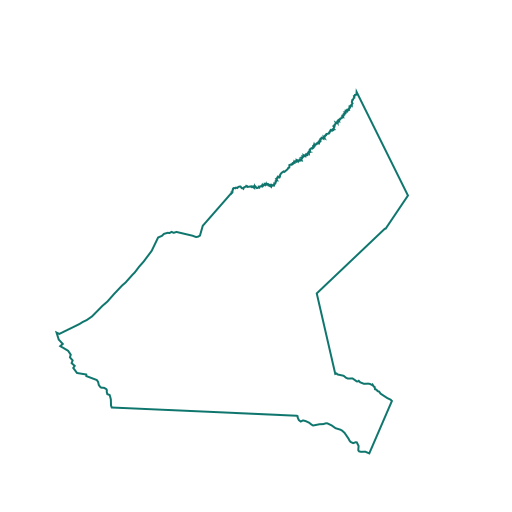 Sesheke, Western, Zambia, rotated 16°
{"feature_id": "96606910B16407097160512", "entity_name": "Sesheke", "entity_type": "district", "adm_level": 2, "iso_a3": "ZMB", "parent_name": "Zambia", "parent_adm1": "Western", "projection": "natural_earth1", "projection_center": [23.989, -16.932], "detail": "fine", "context": "isolated", "style": "outline", "palette": "teal", "viewbox_px": 512, "rotation_deg": 16, "n_neighbors": 0, "source": "geoboundaries", "source_scale": "gbopen_adm2", "svg_char_len": 6063}
<svg xmlns="http://www.w3.org/2000/svg" viewBox="0 0 512 512"><g transform="rotate(16 256 256)"><path d="M307.5,70.6L308.1,73.2L306.7,73.9L306.7,74.9L306.1,75.3L306.9,76.7L306.4,77.2L306.1,79.1L305.6,79.4L305.7,81.6L306.7,82.7L306.3,83.8L306.5,84.6L306.2,84.4L305.6,85.1L305.8,85.6L305.2,86.0L305.3,86.3L305.6,86.1L305.6,87.4L305.1,87.9L305.2,88.2L304.9,87.9L305.0,88.7L304.4,89.3L304.7,89.6L304.4,89.7L303.8,90.5L304.3,90.6L303.9,90.9L303.9,91.4L303.3,91.0L303.2,91.4L303.0,91.2L302.9,91.6L302.1,91.6L302.4,93.0L302.0,93.2L302.5,93.4L302.2,94.0L302.6,93.6L302.7,94.1L301.8,94.5L301.9,95.0L301.5,94.9L301.0,95.6L301.0,95.9L301.6,95.8L301.4,96.3L301.6,96.7L301.4,97.4L300.8,97.5L301.1,97.8L301.0,98.0L300.7,97.7L300.9,98.1L300.7,98.7L300.9,98.8L300.2,99.0L300.3,99.9L299.3,100.5L299.3,101.3L298.8,101.3L298.2,102.1L298.5,102.8L298.0,102.9L298.3,103.4L298.0,103.5L298.5,103.9L298.1,104.0L297.8,104.3L298.0,104.5L297.4,105.1L297.7,105.0L297.8,105.4L297.6,105.2L297.0,105.7L296.8,105.2L296.4,106.2L296.1,106.1L296.4,106.5L295.5,107.8L295.7,108.3L295.3,108.7L295.5,109.2L295.2,109.2L294.6,109.9L294.8,110.1L294.5,110.4L295.1,110.2L295.7,110.8L295.5,111.5L295.7,112.6L296.1,112.8L295.5,113.1L295.5,113.5L295.1,113.5L294.9,114.4L293.9,114.5L293.9,114.1L293.4,114.7L293.0,114.5L292.8,115.4L293.1,115.7L292.5,116.6L292.7,117.2L292.5,117.7L292.2,117.6L292.1,118.3L290.1,119.3L289.9,119.7L290.1,120.1L289.5,120.7L289.3,121.1L289.5,121.2L288.7,122.0L289.2,122.5L288.8,123.4L289.1,123.7L288.7,123.6L288.5,124.2L288.3,124.0L288.4,124.4L287.9,124.2L287.9,124.5L287.2,124.7L286.4,124.4L286.3,125.0L286.2,124.8L286.2,125.1L285.7,125.6L286.0,126.2L285.6,126.7L285.9,127.2L285.3,127.5L285.4,128.3L285.9,128.3L285.5,128.9L285.7,129.0L285.4,129.5L285.5,130.0L285.2,129.9L285.4,130.4L284.9,130.6L284.6,130.2L284.7,130.8L284.4,130.3L284.3,130.7L283.9,130.5L283.3,131.0L283.2,131.8L282.6,132.2L282.8,132.4L282.1,133.3L281.8,133.2L281.8,133.5L281.6,133.2L281.4,133.5L281.2,133.2L281.2,133.8L281.0,133.7L280.9,134.2L281.1,134.3L280.6,134.5L281.0,136.7L280.8,136.9L280.6,136.5L280.2,137.1L279.9,137.1L280.2,136.8L279.6,137.0L278.3,139.1L278.6,140.0L278.8,139.7L278.9,140.5L278.3,140.2L278.6,140.5L278.4,141.4L278.7,141.4L278.2,141.7L278.5,142.6L278.2,142.4L278.0,143.0L277.7,142.6L277.6,143.3L277.3,143.1L277.1,143.5L277.4,144.2L277.1,144.5L276.8,144.1L276.6,144.5L276.2,144.2L276.6,144.7L276.5,145.0L276.0,144.7L275.9,145.1L276.2,145.2L275.4,145.5L275.2,145.8L275.4,146.2L275.1,146.1L275.0,146.4L275.3,146.4L274.7,146.8L274.8,146.3L274.1,146.1L274.4,146.6L274.0,146.9L274.1,147.2L273.5,147.3L273.7,147.5L273.6,148.1L273.2,147.8L273.5,148.2L273.2,148.4L273.4,148.4L273.4,149.0L272.9,149.1L273.2,149.6L272.9,150.7L273.3,151.2L272.5,151.2L272.8,151.5L272.5,151.5L272.3,152.1L271.7,152.3L271.5,151.8L271.2,152.3L271.1,151.9L270.6,152.7L269.9,152.6L269.9,153.0L269.6,152.9L269.8,153.4L269.3,153.2L268.9,153.9L268.6,153.6L268.7,154.3L268.2,154.4L268.5,154.8L267.8,154.4L267.5,155.0L267.1,154.8L267.3,155.5L266.7,155.4L266.8,156.1L266.0,156.4L266.3,156.8L265.4,157.5L265.7,157.9L265.0,158.5L264.4,158.3L263.0,159.5L263.3,160.0L263.6,161.8L262.7,162.5L262.4,163.9L260.2,167.2L260.0,167.4L259.2,167.1L257.7,169.0L256.8,171.1L257.0,172.1L256.8,172.9L257.1,173.2L256.9,174.1L256.4,174.2L256.5,174.0L256.1,174.0L256.0,173.5L255.3,173.6L255.4,174.0L255.0,174.2L254.9,175.1L254.2,176.2L254.9,176.4L254.9,177.3L255.2,177.5L254.8,177.6L254.9,177.9L254.5,178.5L254.8,178.8L254.6,179.5L254.4,179.4L254.6,181.0L253.9,181.8L253.9,182.3L253.6,182.0L253.6,182.9L253.1,182.9L252.9,183.7L251.9,183.5L251.9,183.9L251.5,184.0L251.5,184.4L251.2,184.1L251.2,184.6L250.7,184.1L250.3,185.0L249.6,184.7L249.7,184.2L249.1,184.5L249.1,184.0L248.3,184.1L248.3,183.7L247.7,183.5L247.4,183.7L247.4,184.1L247.1,184.2L247.3,183.8L247.0,183.7L246.8,184.5L245.9,184.4L245.8,184.6L245.6,184.1L245.5,184.4L244.6,184.3L244.8,184.9L243.9,186.1L243.7,185.9L243.5,186.3L243.4,185.9L242.8,186.6L242.5,186.2L242.4,186.9L242.0,187.4L241.8,187.1L241.1,188.0L239.9,188.4L240.1,189.2L239.7,189.1L239.8,189.4L238.2,190.5L237.2,190.3L236.6,189.4L236.0,189.1L235.7,189.2L235.6,189.7L235.3,189.3L235.3,189.6L235.0,189.4L234.5,189.7L234.7,190.5L234.4,190.1L234.2,190.3L234.5,190.7L233.4,190.3L233.1,190.8L232.5,190.4L232.2,190.8L231.7,190.6L228.9,191.9L228.4,191.5L228.2,191.8L227.3,191.4L227.2,191.9L225.5,193.4L225.3,194.8L224.5,194.4L223.5,194.7L222.0,193.5L221.2,193.7L219.9,194.5L219.3,195.8L217.9,195.8L217.5,196.6L216.0,196.7L215.4,197.4L215.3,198.1L215.6,198.6L215.3,199.6L215.7,200.8L215.1,201.3L215.6,201.8L215.3,202.4L215.1,202.1L196.5,241.6L196.5,251.8L195.1,253.3L193.2,254.3L189.3,254.0L172.9,254.8L170.5,256.4L168.2,256.1L166.5,257.8L164.8,258.0L161.4,260.1L160.0,262.6L156.8,265.2L154.3,279.8L149.5,292.4L146.6,298.5L144.0,305.2L142.3,308.3L137.9,317.5L135.4,321.3L130.1,331.5L125.7,340.8L122.2,346.1L115.0,359.3L110.9,364.3L107.6,367.2L105.2,369.9L88.4,385.1L85.4,384.6L89.4,390.7L94.5,393.8L92.7,396.6L101.5,398.9L105.1,401.9L105.1,404.7L108.5,406.9L108.3,409.8L112.0,411.6L111.2,414.0L116.2,417.8L125.5,416.7L126.0,418.2L137.1,419.1L138.9,420.5L140.5,423.4L142.5,424.9L143.5,425.2L146.3,424.6L148.8,425.2L149.6,426.1L150.0,427.8L151.2,429.8L153.5,429.9L154.4,431.1L156.0,433.9L157.9,439.8L159.1,441.4L339.3,398.3L340.1,398.5L340.6,399.8L342.4,401.9L344.6,402.8L346.5,401.1L349.1,401.0L353.0,401.6L355.9,402.8L357.6,403.2L363.7,400.1L366.9,399.1L369.2,397.6L370.7,397.2L375.4,398.0L379.9,399.6L385.0,399.7L386.8,400.1L389.9,401.6L395.3,406.1L396.9,407.8L398.3,408.7L401.0,409.1L403.2,407.5L404.3,407.4L407.0,410.4L407.7,413.9L408.0,414.7L409.0,415.4L410.9,415.3L414.9,414.0L419.3,414.5L426.6,357.9L425.0,357.0L421.4,356.4L413.7,354.0L411.7,352.4L410.2,352.4L408.6,351.3L407.2,351.3L406.1,349.2L405.3,349.1L403.6,347.6L403.5,348.1L401.0,347.6L399.3,347.7L395.0,349.1L390.9,348.7L389.2,347.7L388.8,348.3L387.5,348.8L382.6,347.1L378.0,348.5L376.0,348.2L373.8,347.2L372.8,347.0L367.0,347.4L365.8,346.7L364.7,347.5L324.7,275.2L372.3,194.3L373.1,194.0L385.4,156.0L307.5,70.6Z" fill="none" stroke="#0f766e" stroke-width="2"/></g></svg>